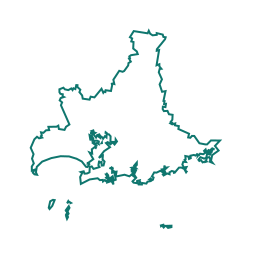 Whangarei District, Northland, New Zealand, rotated 99°
{"feature_id": "76426892B88537535922351", "entity_name": "Whangarei District", "entity_type": "district", "adm_level": 2, "iso_a3": "NZL", "parent_name": "New Zealand", "parent_adm1": "Northland", "projection": "orthographic", "projection_center": [174.414, -35.694], "detail": "fine", "context": "isolated", "style": "outline", "palette": "teal", "viewbox_px": 256, "rotation_deg": 99, "n_neighbors": 0, "source": "geoboundaries", "source_scale": "gbopen_adm2", "svg_char_len": 5923}
<svg xmlns="http://www.w3.org/2000/svg" viewBox="0 0 256 256"><g transform="rotate(99 128 128)"><path d="M32.5,107.3L30.3,108.3L29.8,114.5L31.5,114.2L32.6,118.2L31.4,120.9L28.7,122.7L31.4,123.4L31.4,137.5L38.0,140.3L38.9,137.9L42.0,138.3L42.2,136.0L48.7,135.3L51.0,131.3L53.5,129.9L55.6,136.4L57.1,137.9L58.7,137.0L59.2,137.9L62.0,135.6L63.8,137.7L66.2,137.6L72.3,140.7L73.3,142.1L72.9,145.6L82.6,150.0L86.7,148.4L86.5,150.4L87.2,151.6L87.1,150.3L94.1,150.6L94.2,156.0L96.0,156.0L95.8,157.2L97.1,157.9L93.4,160.3L103.0,165.9L102.9,169.8L106.0,170.4L106.1,177.3L103.0,178.4L100.2,181.6L97.6,181.1L95.4,184.4L93.6,184.6L93.7,185.8L97.8,186.1L97.3,188.1L99.2,188.7L97.8,190.2L99.9,192.9L99.7,196.4L98.3,198.1L100.5,201.8L103.4,201.3L104.8,200.1L104.9,197.7L106.9,197.6L107.4,196.1L109.0,199.2L111.4,199.8L113.0,197.1L116.0,197.8L133.7,186.4L136.5,189.4L139.8,190.4L139.8,196.1L136.6,197.2L137.9,198.8L139.3,206.8L142.4,205.5L143.1,208.6L146.0,210.8L145.9,213.2L148.7,212.0L149.7,212.8L150.9,211.3L152.1,214.2L150.9,216.5L153.8,218.7L162.8,221.0L168.6,217.2L173.3,218.0L177.7,215.5L181.1,217.0L185.2,216.3L183.7,213.6L187.0,215.0L188.4,213.1L188.4,210.5L186.2,212.0L180.6,212.0L174.6,207.5L169.7,199.0L166.4,190.1L165.3,181.7L166.4,174.0L168.3,168.4L172.9,163.4L172.9,162.0L169.8,160.5L168.5,161.5L169.2,162.3L167.9,162.4L168.9,162.1L164.2,157.4L158.2,162.2L158.8,159.4L154.7,160.4L150.5,156.4L147.8,161.4L148.3,159.4L147.3,159.2L149.1,157.4L147.8,156.5L148.4,154.6L147.2,155.2L145.9,154.8L145.4,156.2L146.0,161.1L143.8,160.6L142.4,161.8L142.5,162.3L144.4,162.6L145.4,163.1L145.4,163.4L140.9,164.9L141.5,162.7L138.9,161.8L138.9,164.6L138.3,161.8L136.8,163.7L135.8,161.9L137.7,161.0L137.9,159.5L139.6,161.2L142.4,158.1L139.8,157.4L138.9,155.5L139.7,155.3L139.5,154.8L139.8,154.3L139.9,154.2L139.7,155.6L141.1,155.8L142.1,153.9L140.9,154.1L140.9,152.5L142.5,150.9L139.7,149.5L140.7,147.8L137.6,148.1L137.8,147.0L137.4,147.9L136.4,148.2L136.3,149.4L135.7,149.4L136.4,148.1L137.4,147.7L137.2,146.0L138.9,143.9L144.4,143.2L143.8,138.1L141.2,138.4L143.0,136.8L146.4,138.7L144.6,140.9L146.9,142.8L145.1,145.8L146.3,147.4L149.8,142.8L154.6,148.0L162.0,152.1L159.2,148.5L163.0,148.2L164.8,145.9L168.8,146.3L169.2,148.1L165.6,148.9L166.8,150.8L164.8,151.4L169.4,151.4L171.1,150.1L173.8,155.7L171.6,157.8L172.4,159.7L177.8,159.1L179.3,161.3L179.9,163.8L177.7,165.0L178.9,167.8L179.6,166.2L183.9,167.6L190.6,165.8L184.8,157.8L182.4,150.1L183.9,147.6L183.2,144.8L184.7,144.3L183.0,142.7L183.9,141.6L183.0,140.4L185.1,140.1L183.0,136.1L186.0,133.5L180.1,135.5L183.1,137.5L181.5,138.6L182.7,139.2L180.0,140.2L180.8,141.5L180.5,141.9L179.4,140.7L177.7,142.2L177.7,140.7L175.7,142.5L177.7,140.3L179.1,140.4L180.8,138.1L178.0,135.6L182.1,133.9L181.0,132.0L173.9,134.4L174.7,136.7L170.1,137.3L170.7,138.5L170.6,138.8L170.4,138.8L170.5,139.4L170.1,140.0L170.4,138.8L170.6,138.5L169.5,138.0L170.2,136.7L172.9,136.9L173.3,136.1L172.0,135.5L173.7,135.4L172.9,132.5L177.9,132.6L174.7,124.1L175.5,119.0L173.5,117.3L175.8,112.9L172.0,116.3L169.9,115.6L170.3,117.5L168.6,117.9L167.7,116.2L166.7,118.2L165.7,115.7L165.6,116.5L165.4,115.5L164.3,116.1L160.7,113.9L163.1,113.5L165.6,115.1L166.4,113.9L166.6,116.1L168.4,113.4L170.1,113.9L168.8,114.3L168.9,115.9L170.1,114.5L173.1,114.6L175.8,112.1L180.0,115.2L181.1,114.0L181.1,110.5L178.8,110.7L177.8,108.2L181.1,108.6L179.4,107.5L181.3,105.4L180.1,105.0L180.0,101.1L178.0,100.4L176.9,97.3L175.4,97.3L175.3,98.7L174.3,97.8L175.8,96.1L175.2,95.3L172.9,95.0L172.1,96.8L167.8,95.2L167.6,92.8L165.2,89.4L167.0,84.9L163.6,86.4L164.2,87.0L164.1,87.7L163.6,88.1L162.9,85.8L159.4,86.2L161.4,84.9L160.9,83.2L163.9,85.6L166.6,83.8L168.4,86.3L169.3,85.4L166.8,82.2L167.2,79.7L165.3,80.1L163.6,78.0L164.0,74.4L159.2,71.5L158.7,69.2L160.0,64.9L157.4,64.1L158.2,66.8L155.5,68.6L152.7,68.1L152.5,65.4L150.6,67.1L149.8,66.2L146.7,67.0L146.8,63.7L149.0,62.9L148.0,61.3L145.6,62.0L144.3,58.7L144.7,56.9L143.0,55.7L143.5,53.5L142.1,52.8L142.1,49.6L140.4,47.7L138.7,49.3L137.0,48.0L139.9,46.7L140.1,45.3L138.5,46.2L138.0,44.5L137.0,45.8L137.5,43.7L134.9,41.6L135.5,39.3L136.0,41.4L137.2,41.5L136.7,42.4L137.5,41.7L139.4,41.7L137.8,42.3L139.0,44.4L140.2,42.4L141.5,42.8L141.1,45.8L145.2,46.1L146.3,48.0L145.5,51.9L148.4,53.5L149.4,52.4L148.3,50.9L150.3,48.9L148.6,45.9L144.8,45.3L144.1,43.1L146.7,41.6L148.5,42.1L149.3,38.9L147.4,40.9L141.6,40.6L136.1,35.0L132.1,39.3L126.0,35.2L127.3,44.1L131.8,47.3L132.1,49.1L131.9,55.1L125.5,61.3L125.8,63.6L127.9,64.9L127.9,67.1L124.1,66.8L121.1,78.1L118.2,78.1L118.0,82.1L116.1,82.1L117.5,84.9L116.8,86.8L115.8,85.6L115.3,86.8L112.9,85.5L108.0,86.0L108.0,89.7L104.9,91.7L105.7,95.2L103.9,96.7L101.5,96.9L101.5,94.3L98.2,94.3L98.7,96.1L95.7,96.1L95.7,97.2L85.7,96.7L86.9,100.0L80.0,103.6L74.6,102.1L68.2,106.3L64.8,106.0L64.3,104.3L62.3,106.6L60.1,107.0L61.6,109.6L46.2,109.5L47.2,111.7L45.7,111.8L34.5,105.3L32.5,105.0L32.5,107.3ZM216.8,190.6L210.7,189.2L210.7,190.9L212.6,193.4L219.2,193.8L220.3,192.8L216.8,190.6ZM216.0,173.3L214.5,174.3L218.6,176.4L219.0,174.4L216.0,173.3ZM219.1,69.6L217.7,69.8L218.7,75.1L220.4,72.8L219.1,69.6ZM221.9,173.3L219.7,174.7L220.1,175.7L221.0,174.7L222.9,175.5L223.3,174.0L221.9,173.3ZM218.9,75.9L219.1,77.3L218.0,77.9L218.7,79.4L220.7,77.2L218.9,75.9ZM227.3,174.0L225.3,173.3L223.5,174.6L224.4,175.5L227.3,174.0ZM211.8,176.4L210.4,175.0L209.6,175.6L211.8,176.4ZM162.7,63.7L161.9,63.3L161.7,64.1L161.1,64.3L160.9,65.1L162.7,63.7ZM210.9,172.6L210.6,173.3L211.2,173.1L210.9,172.6ZM182.0,108.1L181.7,108.9L182.1,108.7L182.0,108.1ZM152.8,156.7L151.7,156.2L152.7,156.9L152.8,156.7ZM219.8,80.0L219.2,79.4L219.3,80.2L219.8,80.0ZM146.8,154.8L147.8,154.5L146.7,154.7L146.8,154.8ZM149.1,45.6L148.8,45.0L148.4,45.4L149.1,45.6ZM165.0,75.4L164.5,75.9L165.1,75.6L165.0,75.4ZM147.1,151.7L147.0,151.4L146.6,151.5L147.1,151.7ZM153.5,66.0L153.2,66.0L152.7,66.1L153.5,66.0ZM144.1,54.4L144.2,54.7L144.6,54.7L144.1,54.4Z" fill="none" stroke="#0f766e" stroke-width="2"/></g></svg>